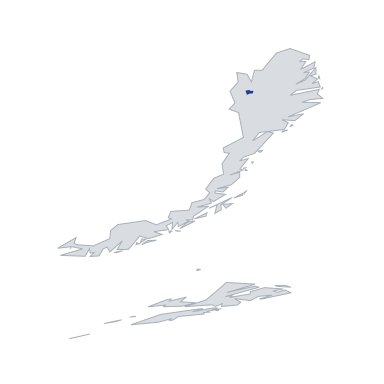 Hurdal nor, Akershus, Norway (highlighted), rotated 169°
{"feature_id": "86288312B40852234595117", "entity_name": "Hurdal nor", "entity_type": "district", "adm_level": 2, "iso_a3": "NOR", "parent_name": "Norway", "parent_adm1": "Akershus", "projection": "equal_earth", "projection_center": [10.985, 60.427], "detail": "fine", "context": "in_parent", "style": "filled", "palette": "blue", "viewbox_px": 384, "rotation_deg": 169, "n_neighbors": 0, "source": "geoboundaries", "source_scale": "gbopen_adm2", "svg_char_len": 4593}
<svg xmlns="http://www.w3.org/2000/svg" viewBox="0 0 384 384"><g transform="rotate(169 192 192)"><path d="M233.3,166.6L217.4,169.4L220.2,171.3L216.5,177.0L198.0,174.7L194.2,181.5L181.7,182.3L174.7,187.8L178.0,192.2L168.1,201.3L157.6,203.5L157.2,213.8L148.0,223.0L152.9,224.5L152.9,229.3L131.1,235.8L131.2,261.1L139.8,266.2L132.9,271.1L135.4,283.8L125.7,291.2L125.3,300.8L115.5,297.1L112.6,288.7L107.5,299.6L100.0,298.1L82.7,312.3L68.4,314.1L50.6,303.7L52.0,299.6L57.8,301.6L61.1,299.7L55.4,298.3L61.9,291.6L46.3,296.4L48.7,290.4L59.8,287.9L53.9,287.3L59.1,282.0L69.5,278.0L59.3,280.4L46.7,290.5L47.8,284.0L53.6,283.5L47.2,279.0L53.5,275.5L47.1,276.3L46.1,270.6L70.2,271.8L77.1,268.2L47.4,268.5L50.3,264.4L45.8,259.0L58.5,260.2L67.0,259.1L48.5,255.1L83.5,247.4L67.5,247.5L77.5,242.4L89.7,245.8L84.3,241.6L89.4,235.8L114.7,237.6L122.8,230.5L106.5,236.9L100.9,234.4L123.1,218.0L134.7,216.4L139.3,213.4L130.4,214.1L140.5,205.6L137.7,203.9L151.7,201.4L141.4,202.3L142.4,197.2L152.3,191.5L166.8,190.5L155.9,189.7L161.6,186.1L168.8,188.7L169.8,186.7L159.7,183.3L172.9,178.4L176.4,182.5L175.0,177.4L189.8,176.1L178.3,174.9L195.2,167.9L196.7,164.4L203.4,166.1L200.6,164.2L211.9,160.7L211.8,164.9L218.7,159.2L217.0,165.8L223.7,163.8L222.0,159.5L236.8,160.4L229.6,156.0L243.8,154.5L251.6,158.8L265.3,147.8L276.5,149.8L269.7,157.4L284.1,148.8L285.9,154.2L290.0,153.1L295.5,147.0L304.3,148.2L299.5,151.3L303.6,151.4L303.5,155.9L309.2,149.3L333.3,154.9L310.1,157.0L320.9,161.4L334.5,162.4L314.5,169.4L317.5,164.3L315.0,162.2L299.1,157.9L281.6,161.9L279.2,169.7L271.0,174.2L243.0,172.8L233.3,166.6ZM169.2,72.4L185.0,74.0L183.6,76.6L190.7,75.2L193.7,77.4L221.0,80.8L198.9,83.3L175.4,96.6L147.6,89.5L176.8,86.7L148.5,87.6L144.3,85.7L179.1,83.0L171.9,82.4L175.1,81.3L154.2,80.9L153.8,83.0L139.0,84.3L121.1,79.4L131.4,79.4L127.2,77.2L119.5,78.2L114.3,74.2L144.1,73.6L146.3,74.2L132.9,75.4L146.8,76.9L155.3,74.2L170.6,79.2L165.2,74.5L169.2,72.4ZM203.3,69.9L228.8,72.4L235.5,69.9L238.6,70.2L236.8,71.6L249.4,70.6L277.4,73.3L246.0,77.8L207.9,75.9L203.3,75.3L214.2,74.3L193.8,74.2L189.1,73.2L195.0,72.5L185.6,71.9L199.7,72.0L198.0,70.8L203.7,71.4L203.3,69.9ZM223.3,81.8L242.2,84.9L239.0,86.0L257.2,87.7L236.6,91.2L232.8,90.9L235.1,89.2L217.5,89.9L224.4,86.5L209.6,82.6L223.3,81.8ZM169.9,174.6L178.5,172.8L153.5,178.9L166.1,174.0L166.6,169.1L173.6,166.6L169.9,174.6ZM183.0,165.6L194.8,165.2L181.2,168.8L183.0,165.6ZM194.4,162.9L210.9,158.4L202.3,163.2L194.4,162.9ZM113.1,79.7L125.7,82.9L128.6,84.3L118.7,82.7L113.1,79.7ZM161.8,169.6L164.0,174.0L154.6,172.9L161.8,169.6ZM251.3,149.9L245.1,152.8L236.0,151.5L246.3,151.0L251.3,149.9ZM252.7,151.9L250.2,155.4L246.3,154.4L252.7,151.9ZM142.9,179.2L152.0,178.2L142.2,181.1L142.9,179.2ZM339.7,71.5L319.4,72.1L340.4,71.4L339.7,71.5ZM291.7,79.3L303.6,79.7L285.6,80.0L291.7,79.3ZM271.1,147.6L277.8,146.8L280.0,147.5L271.1,147.6ZM257.0,151.1L255.9,152.9L253.9,151.3L257.0,151.1ZM222.0,156.1L222.0,158.0L219.4,157.3L222.0,156.1ZM202.2,113.9L201.5,115.4L198.3,114.2L202.2,113.9ZM277.1,81.1L271.6,80.9L271.0,80.5L277.1,81.1ZM117.7,217.9L119.5,219.7L114.5,219.3L117.7,217.9ZM210.5,155.7L214.0,156.4L216.0,157.5L210.5,155.7ZM189.2,70.6L191.6,71.3L188.0,71.0L189.2,70.6ZM91.8,234.4L86.0,234.6L92.1,233.5L91.8,234.4ZM83.5,237.5L81.3,239.1L80.3,238.2L83.5,237.5ZM140.8,181.6L137.7,183.2L141.0,180.5L140.8,181.6ZM46.1,279.8L45.3,282.5L45.0,278.9L46.1,279.8ZM135.3,204.2L134.0,202.8L135.8,202.9L135.3,204.2ZM322.1,159.6L321.6,161.1L321.3,160.8L322.1,159.6ZM137.0,205.5L133.7,205.8L137.6,205.2L137.0,205.5ZM127.4,208.8L127.7,210.1L126.2,209.7L127.4,208.8ZM45.1,268.4L43.6,270.0L44.0,268.7L45.1,268.4Z" fill="#d9dde1" stroke="#a8b0b8" stroke-width="1"/><path d="M118.4,277.9L118.1,278.0L117.9,278.0L117.5,278.2L117.4,278.2L117.2,278.2L117.1,278.3L116.9,278.3L117.0,278.4L116.9,278.4L116.9,278.5L116.7,278.5L116.4,278.5L116.0,278.5L115.9,278.5L115.7,278.5L115.1,278.4L114.9,278.3L114.7,278.3L114.6,278.2L114.3,278.0L114.2,277.9L114.1,278.0L113.8,278.3L114.0,278.7L114.0,278.8L113.8,278.9L113.6,279.1L113.8,279.2L114.1,279.1L114.7,279.2L114.8,279.2L115.2,279.3L115.3,279.2L116.3,279.7L116.3,279.8L116.5,280.0L116.6,280.3L116.8,280.4L116.7,280.4L116.8,280.4L116.8,280.5L117.0,280.5L117.1,280.4L117.3,280.4L117.5,280.4L117.8,280.4L118.1,280.4L118.3,280.5L118.6,280.6L118.7,280.4L118.8,280.4L118.7,280.3L118.7,280.2L118.8,280.2L118.9,279.9L119.0,279.9L119.1,279.7L119.1,279.4L119.1,279.2L118.9,279.0L119.0,279.0L118.9,279.0L118.9,278.9L118.7,278.7L118.5,278.4L118.5,278.2L118.4,278.2L118.5,278.1L118.4,278.1L118.4,277.9L118.4,277.9Z" fill="#3b82f6" stroke="#1e3a8a" stroke-width="1.5"/></g></svg>